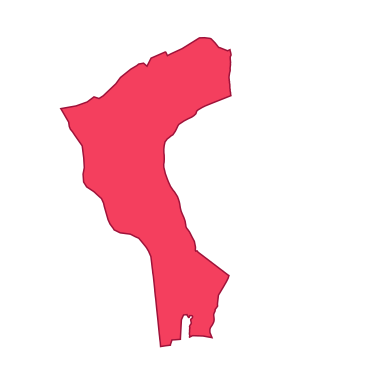 Barito Selatan, Kalimantan Tengah, Indonesia (Albers equal-area conic projection), rotated 332°
{"feature_id": "22746128B74191069780867", "entity_name": "Barito Selatan", "entity_type": "district", "adm_level": 2, "iso_a3": "IDN", "parent_name": "Indonesia", "parent_adm1": "Kalimantan Tengah", "projection": "albers", "projection_center": [115.007, -1.964], "detail": "fine", "context": "isolated", "style": "filled", "palette": "rose", "viewbox_px": 384, "rotation_deg": 332, "n_neighbors": 0, "source": "geoboundaries", "source_scale": "gbopen_adm2", "svg_char_len": 5254}
<svg xmlns="http://www.w3.org/2000/svg" viewBox="0 0 384 384"><g transform="rotate(332 192 192)"><path d="M155.6,308.6L156.3,308.1L156.7,307.6L157.1,307.0L157.3,306.5L157.5,306.5L161.0,304.8L161.8,303.0L162.7,301.6L166.9,295.5L174.7,290.8L177.1,289.3L180.3,287.3L183.4,285.1L185.4,283.1L184.8,282.1L169.5,248.9L169.3,248.4L169.1,247.9L168.8,246.3L167.6,246.0L167.6,245.0L169.2,242.3L169.9,240.0L170.5,238.0L170.9,236.7L170.9,231.5L171.0,227.7L171.0,225.9L170.6,222.9L170.3,221.7L170.4,219.6L171.0,218.2L171.5,216.6L172.0,215.2L172.3,214.1L172.8,210.8L173.1,206.6L173.4,203.8L174.2,200.6L175.0,198.3L175.6,196.6L176.1,194.8L176.6,192.2L177.0,189.3L176.9,187.8L176.6,183.8L176.1,181.4L175.6,176.6L175.7,175.9L175.8,174.1L175.9,172.3L176.3,168.7L176.6,166.7L177.1,163.1L177.8,160.6L178.7,157.0L180.0,154.3L181.4,152.5L182.9,150.0L183.8,148.2L184.7,146.4L185.6,144.1L187.2,141.0L189.2,138.0L191.7,135.1L195.1,133.5L197.1,133.2L200.0,132.6L202.0,132.5L203.9,131.5L205.8,130.5L207.5,129.3L209.5,127.8L210.8,126.8L212.2,126.1L215.3,125.8L218.3,125.5L223.0,125.5L226.3,125.7L227.5,125.7L229.8,125.4L232.2,124.7L234.1,122.8L236.1,122.3L240.7,122.1L244.1,122.2L247.1,122.5L251.8,123.0L271.6,125.2L271.7,124.7L271.9,124.2L272.0,123.8L272.1,123.4L272.3,123.1L272.5,122.9L272.6,122.7L272.7,122.2L272.9,121.6L273.0,121.2L273.1,120.7L273.2,120.4L273.3,120.3L273.5,119.9L273.7,119.5L273.8,119.4L273.9,119.2L274.0,118.7L274.1,118.3L274.3,117.8L274.5,117.5L274.6,117.2L274.9,116.8L275.0,116.6L275.0,116.4L275.1,116.2L275.3,115.9L275.4,115.7L275.5,115.5L275.6,115.4L275.8,114.9L275.9,114.7L276.0,114.4L276.0,114.2L276.3,113.5L276.5,112.9L276.6,112.6L276.8,112.3L277.0,112.0L277.1,111.8L277.1,111.6L277.1,111.4L277.2,111.2L277.3,110.8L277.4,110.6L277.6,110.3L277.7,110.1L277.9,109.6L278.0,109.2L278.1,108.8L278.2,108.6L278.3,108.5L278.3,108.4L278.4,108.2L278.5,108.1L278.7,107.9L278.8,107.7L279.0,107.3L279.1,107.1L279.3,106.9L279.5,106.7L279.7,106.3L280.0,105.9L280.3,105.6L280.5,105.4L280.6,105.1L280.8,104.9L280.9,104.7L281.0,104.6L281.2,104.4L281.3,104.3L281.4,104.1L281.5,104.0L281.6,103.9L281.8,103.7L282.1,103.4L282.3,103.2L282.5,103.0L282.6,102.8L282.7,102.7L282.8,102.5L282.8,102.3L282.9,102.1L283.2,101.8L283.3,101.6L283.5,101.3L283.5,101.1L283.6,100.9L283.6,100.7L283.9,100.3L284.0,100.1L284.2,99.9L284.3,99.8L284.4,99.6L284.6,99.4L284.7,99.2L284.9,98.9L285.1,98.6L285.3,98.3L285.5,98.1L285.7,97.9L285.7,97.7L285.9,97.3L286.0,97.1L286.0,96.9L286.2,96.7L286.4,96.4L286.6,96.1L286.8,95.9L286.9,95.7L286.9,95.4L287.0,95.3L287.1,95.2L288.3,92.3L289.2,90.6L290.7,89.5L291.0,88.9L291.2,88.2L291.4,87.7L291.8,86.1L292.1,84.7L292.3,84.2L289.7,84.0L284.2,77.5L283.4,76.9L282.4,71.3L280.8,65.8L280.0,64.8L275.4,61.6L270.9,59.4L250.6,60.8L238.2,60.1L234.3,60.1L234.4,58.7L234.5,56.3L234.1,55.8L218.7,54.6L214.6,57.5L211.3,59.8L209.7,55.5L205.0,54.0L202.6,54.5L195.7,54.8L182.6,57.3L180.5,58.3L175.6,60.7L169.5,62.4L158.8,65.4L153.8,65.8L150.1,62.0L141.7,63.3L130.1,61.6L115.3,56.8L115.4,58.7L115.5,61.1L115.9,72.4L114.4,76.6L114.1,79.5L114.8,82.9L115.1,86.2L116.7,99.5L116.6,100.0L115.6,102.7L113.9,107.1L112.4,111.1L109.0,118.5L108.3,120.0L104.2,125.1L101.0,132.3L101.4,138.0L103.3,141.5L105.2,145.0L105.4,145.5L105.7,146.0L106.7,149.0L108.6,154.3L109.0,155.3L108.7,160.3L107.8,163.5L104.9,177.0L104.8,178.7L104.6,181.8L105.1,185.2L105.4,187.2L105.5,189.0L106.1,189.7L108.3,192.8L109.5,194.4L112.2,196.3L113.7,197.4L116.0,199.0L117.8,200.3L118.8,201.7L121.0,204.9L123.3,207.8L123.4,208.3L123.9,210.5L124.7,214.5L125.2,217.1L125.7,219.9L125.8,222.9L125.9,223.5L125.4,229.7L122.9,236.2L121.2,240.5L120.7,241.9L120.1,243.4L119.5,244.8L118.3,248.3L113.2,260.9L112.8,261.7L110.7,266.9L109.6,269.8L106.5,277.3L102.2,288.0L100.1,293.1L96.5,301.9L95.4,304.7L94.6,306.6L93.4,309.8L91.7,313.7L92.3,313.9L96.6,315.4L101.0,317.1L101.6,316.3L104.9,313.2L105.7,313.6L107.4,314.4L110.4,315.7L111.8,316.3L112.6,316.6L112.8,316.2L120.5,303.4L121.9,301.1L122.7,299.8L126.8,296.6L130.0,297.9L129.8,298.4L129.8,298.8L129.9,299.2L130.0,300.8L130.1,301.2L130.4,301.3L130.7,301.3L131.0,301.1L131.3,300.8L131.6,300.3L131.9,300.2L132.2,300.2L132.4,300.3L133.5,300.9L133.9,301.3L134.1,301.6L134.1,302.1L133.9,302.5L133.7,302.8L133.3,303.2L132.9,303.4L132.5,303.5L131.9,303.7L131.4,303.7L131.1,303.9L130.9,304.1L130.7,304.5L130.6,304.9L130.4,305.6L130.2,306.3L130.1,306.5L130.0,307.1L129.6,307.6L129.4,307.9L128.5,308.3L128.0,308.6L127.3,309.1L126.8,309.5L126.5,309.9L126.5,310.1L126.5,310.3L126.5,310.5L126.4,310.7L126.2,311.2L125.9,311.4L125.7,311.7L125.5,312.0L125.3,312.4L124.9,313.0L124.5,313.8L124.2,314.4L123.9,314.8L123.5,315.3L123.0,316.3L122.9,316.6L122.8,316.9L122.7,317.5L122.6,317.8L122.4,318.2L122.2,318.6L121.9,318.9L121.7,318.9L121.7,319.0L124.8,319.1L125.0,319.1L128.9,321.3L129.2,321.5L130.3,322.1L134.4,324.5L134.5,324.6L138.9,328.1L139.2,328.3L141.3,330.0L141.4,329.3L141.4,328.4L141.6,327.0L141.7,325.9L141.8,325.0L141.9,324.5L142.1,324.0L142.4,323.4L142.8,322.6L143.2,321.9L143.5,321.5L143.9,321.1L144.4,320.6L144.9,320.3L145.5,319.9L146.5,319.4L147.8,318.7L148.6,318.1L149.6,317.4L150.5,316.6L151.0,316.0L151.5,315.2L151.8,314.7L152.4,313.3L153.2,311.2L153.7,310.3L154.1,309.8L154.7,309.3L155.5,308.7L155.6,308.6Z" fill="#f43f5e" stroke="#9f1239" stroke-width="1.5"/></g></svg>